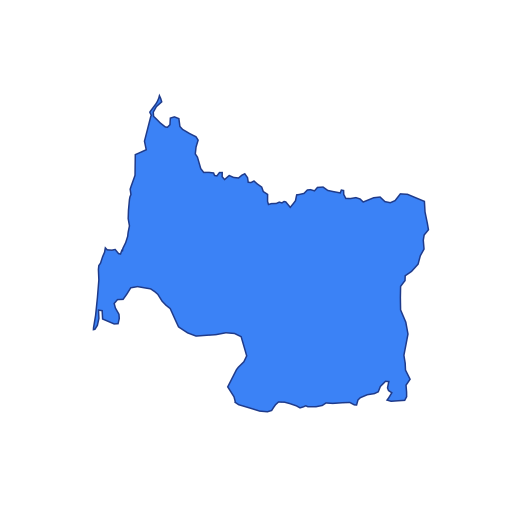 Butaw, Sinoe, Liberia (Albers equal-area conic projection), rotated 73°
{"feature_id": "62588387B58471335034652", "entity_name": "Butaw", "entity_type": "district", "adm_level": 2, "iso_a3": "LBR", "parent_name": "Liberia", "parent_adm1": "Sinoe", "projection": "albers", "projection_center": [-9.093, 5.133], "detail": "fine", "context": "isolated", "style": "filled", "palette": "blue", "viewbox_px": 512, "rotation_deg": 73, "n_neighbors": 0, "source": "geoboundaries", "source_scale": "gbopen_adm2", "svg_char_len": 3105}
<svg xmlns="http://www.w3.org/2000/svg" viewBox="0 0 512 512"><g transform="rotate(73 256 256)"><path d="M74.5,301.5L76.6,302.8L79.2,305.0L81.0,306.9L87.1,315.2L87.6,315.5L90.9,315.0L91.6,315.7L113.6,329.1L122.3,329.9L123.8,341.8L143.5,348.1L152.9,355.1L155.3,356.8L160.6,357.6L162.7,359.3L165.0,360.5L175.0,364.6L182.9,367.3L190.2,368.2L195.5,371.1L197.2,371.9L199.6,372.9L205.1,376.7L209.8,381.1L211.8,382.1L211.3,382.6L214.5,385.0L213.6,386.7L208.6,388.8L208.3,392.1L206.6,396.5L204.2,397.7L208.1,399.7L211.6,402.7L217.4,406.8L219.2,409.1L222.7,410.6L223.4,410.8L233.0,413.3L249.4,419.8L266.0,426.8L277.0,432.3L278.9,433.0L279.0,431.5L276.0,428.0L269.8,424.5L261.7,422.4L263.3,419.1L271.4,421.1L279.5,411.5L280.4,407.7L275.7,405.0L271.7,404.1L264.6,405.7L259.9,405.5L257.2,401.2L258.6,395.8L254.7,390.7L249.8,385.1L250.6,378.3L250.9,377.7L253.9,371.8L256.6,366.4L260.7,363.1L263.9,361.1L271.8,359.0L276.9,356.4L281.2,353.4L294.6,351.7L301.1,350.8L301.9,350.2L309.5,343.9L315.0,336.8L315.3,335.6L317.7,324.9L318.2,323.0L319.5,317.3L320.6,307.2L323.8,299.2L328.8,293.8L343.2,294.0L348.8,294.1L353.6,298.5L357.2,305.4L359.0,307.9L372.9,321.3L384.2,318.2L389.0,318.4L389.7,318.8L393.1,316.1L399.4,306.6L405.4,297.8L408.3,290.6L408.3,286.2L406.0,283.5L403.9,280.8L402.2,277.2L403.5,273.4L404.1,271.5L407.1,266.7L411.1,261.2L414.1,258.3L414.1,254.9L413.8,252.2L415.3,250.5L417.7,242.6L418.3,236.3L417.0,232.0L419.4,225.7L421.5,216.6L422.0,214.7L422.2,213.9L423.5,209.1L427.1,205.5L427.9,203.4L423.5,200.6L422.0,197.7L421.2,190.1L422.2,183.0L421.6,178.8L417.1,175.2L413.7,168.8L414.1,167.8L414.9,165.7L420.6,168.8L423.4,168.6L426.5,166.1L430.4,170.5L432.1,172.8L434.4,169.3L435.8,163.2L437.5,156.0L434.6,153.1L430.2,151.8L423.4,150.3L418.9,144.7L408.8,146.4L402.2,144.7L394.2,143.6L384.0,138.2L375.1,133.5L363.1,132.1L349.8,133.5L338.0,130.1L327.3,126.6L324.4,122.6L323.1,120.7L318.5,119.1L316.2,111.8L311.2,103.4L303.8,98.8L298.5,93.3L289.8,91.4L285.1,89.1L281.3,83.4L275.0,82.6L263.3,81.5L254.7,79.4L253.0,79.0L241.3,93.1L238.8,99.8L243.7,106.8L244.3,112.0L241.7,116.8L235.9,120.1L234.7,126.4L235.7,137.7L231.9,139.8L230.0,142.5L229.4,143.4L228.7,148.8L228.1,150.6L227.2,153.3L222.8,154.1L219.0,153.1L217.9,155.1L220.3,157.0L216.9,163.5L214.3,168.2L209.7,171.7L208.4,177.2L210.8,181.0L208.5,184.5L207.9,187.6L210.2,191.8L209.8,197.0L209.4,199.2L214.7,202.1L216.6,204.7L219.5,209.0L213.0,211.7L212.1,213.2L212.8,215.7L211.3,218.0L211.7,221.2L210.4,226.0L210.4,229.0L207.2,229.0L200.5,226.9L196.5,230.2L191.8,230.4L187.5,233.7L183.7,236.0L184.3,239.4L183.2,241.9L178.6,241.2L174.1,242.7L174.6,245.9L176.3,249.9L174.3,254.5L171.2,258.1L173.7,263.7L170.3,265.2L166.3,263.9L165.5,266.5L168.0,270.0L166.9,272.1L164.2,272.3L162.3,276.5L161.5,279.2L160.8,281.6L156.3,283.3L150.8,283.2L144.4,283.1L140.6,284.2L134.3,281.5L128.3,277.5L124.5,278.5L119.4,283.8L113.5,289.2L109.9,290.9L102.1,289.6L99.6,292.7L99.1,293.4L99.1,297.6L105.3,299.9L107.0,303.1L106.1,305.0L100.6,308.8L96.3,311.0L92.5,313.1L88.4,312.2L84.0,307.6L81.0,301.1L77.4,301.1L74.5,301.5Z" fill="#3b82f6" stroke="#1e3a8a" stroke-width="1.5"/></g></svg>